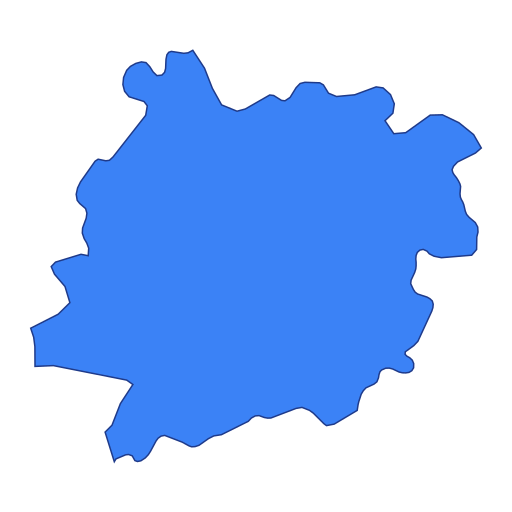 Lot-et-Garonne, Mercator projection
{"feature_id": "FRA-5319", "entity_name": "Lot-et-Garonne", "entity_type": "Metropolitan department", "adm_level": 1, "iso_a3": "FRA", "parent_name": "France", "parent_adm1": "", "projection": "mercator", "projection_center": [0.533, 44.365], "detail": "fine", "context": "isolated", "style": "filled", "palette": "blue", "viewbox_px": 512, "rotation_deg": 0, "n_neighbors": 0, "source": "natural_earth", "source_scale": "10m", "svg_char_len": 2549}
<svg xmlns="http://www.w3.org/2000/svg" viewBox="0 0 512 512"><path d="M35.0,366.4L34.9,346.7L33.7,337.3L30.7,328.2L58.2,314.2L69.9,302.7L65.0,286.5L54.5,274.2L51.2,266.6L55.5,262.1L81.0,254.3L88.2,255.7L88.7,248.2L86.8,243.1L84.2,238.7L82.3,233.1L82.6,228.0L86.2,218.2L86.9,213.2L85.6,208.6L79.7,203.5L77.2,200.3L76.2,194.3L77.6,187.9L80.5,181.9L95.1,161.2L98.1,159.2L105.8,160.8L109.4,160.3L113.0,157.0L145.7,115.3L147.3,105.8L144.0,101.5L129.1,96.8L124.6,91.3L122.9,84.6L123.6,77.4L126.7,70.3L130.4,66.4L135.8,63.4L141.4,61.9L146.0,62.6L149.8,66.7L153.1,71.9L156.9,75.6L161.9,75.1L164.6,72.3L165.6,68.5L166.0,59.3L166.9,54.8L168.7,52.3L171.3,51.4L183.8,53.3L188.1,52.8L192.8,50.3L204.5,68.2L212.4,88.4L221.6,104.9L237.0,111.2L245.3,109.0L269.7,95.0L273.7,95.5L281.5,100.4L285.0,100.8L290.1,97.4L296.1,87.7L300.1,83.5L304.9,82.3L319.8,82.8L323.4,84.9L328.5,93.2L336.5,96.5L354.7,94.8L376.1,86.9L383.1,87.9L390.5,94.6L394.3,103.8L392.9,113.2L385.0,120.7L393.8,133.7L405.7,132.7L430.2,115.1L442.4,114.8L458.9,122.7L473.6,134.6L481.3,148.0L475.5,153.0L457.5,162.0L453.5,166.3L452.1,169.7L452.8,172.5L454.0,174.6L456.4,177.6L458.4,180.8L459.9,183.8L460.6,186.4L460.0,193.9L460.4,197.2L461.4,199.6L462.7,201.9L463.8,204.7L465.3,211.2L466.6,214.4L469.1,217.3L475.3,222.6L477.7,227.0L478.0,232.1L476.8,237.0L476.6,249.5L471.7,255.2L441.4,257.7L434.0,256.2L429.3,253.8L427.0,251.1L423.2,249.4L419.9,250.1L417.3,252.4L416.1,255.5L415.8,259.0L416.1,262.3L416.1,265.8L415.8,268.9L414.7,272.4L411.1,280.2L410.7,283.7L413.4,289.5L415.1,292.1L417.6,294.0L427.1,297.1L429.9,298.7L432.3,301.0L433.2,304.2L432.9,307.6L431.8,311.1L417.9,341.3L413.8,345.6L405.3,351.8L405.1,354.3L406.8,356.1L409.8,357.8L412.3,360.2L413.7,363.6L413.6,367.8L411.8,370.7L409.0,372.4L405.7,372.9L402.4,372.8L399.0,372.0L392.7,369.0L389.3,368.1L385.7,368.2L381.6,370.0L380.0,371.7L379.0,374.6L378.5,377.8L376.9,381.8L374.0,384.1L366.0,387.8L363.3,390.7L361.2,394.2L358.8,401.6L358.1,404.5L357.2,410.4L334.2,424.1L326.5,425.6L323.9,423.7L313.4,413.2L309.4,410.3L302.0,407.4L296.1,408.4L270.9,418.0L267.7,418.1L264.3,417.5L259.1,415.6L255.3,415.9L251.4,418.0L248.3,421.3L221.4,434.7L213.8,435.9L208.5,438.6L199.0,445.3L195.1,446.6L191.6,446.8L189.1,445.9L182.1,442.1L164.7,435.4L161.1,436.1L158.1,438.2L156.1,440.9L150.5,451.3L148.3,454.7L145.3,457.9L140.9,460.8L137.5,461.5L134.9,460.6L132.2,455.8L128.6,454.5L125.7,454.8L116.0,458.9L114.3,461.7L105.1,432.1L112.0,425.2L120.4,403.6L132.9,384.5L126.7,380.1L53.4,365.6L35.0,366.4Z" fill="#3b82f6" stroke="#1e3a8a" stroke-width="1.5"/></svg>